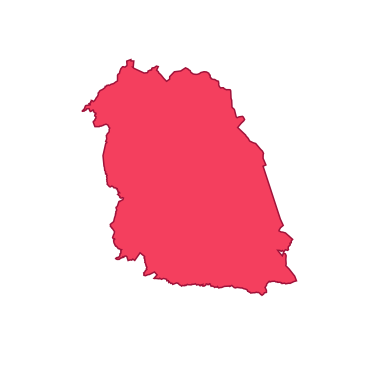 Villa Hidalgo, Jalisco, Mexico, rotated 43°
{"feature_id": "50627088B61911650212714", "entity_name": "Villa Hidalgo", "entity_type": "district", "adm_level": 2, "iso_a3": "MEX", "parent_name": "Mexico", "parent_adm1": "Jalisco", "projection": "robinson", "projection_center": [-102.593, 21.663], "detail": "fine", "context": "isolated", "style": "filled", "palette": "rose", "viewbox_px": 384, "rotation_deg": 43, "n_neighbors": 0, "source": "geoboundaries", "source_scale": "gbopen_adm2", "svg_char_len": 5988}
<svg xmlns="http://www.w3.org/2000/svg" viewBox="0 0 384 384"><g transform="rotate(43 192 192)"><path d="M192.4,113.8L181.4,113.7L181.1,108.2L181.3,104.7L181.0,103.1L178.3,102.2L177.3,102.3L175.2,104.9L174.3,106.9L173.1,106.9L167.1,103.0L165.9,102.7L163.9,102.8L163.2,102.5L158.4,97.8L156.7,96.9L151.3,91.6L150.4,91.2L149.5,91.7L147.3,93.8L145.1,94.5L144.0,94.3L142.9,95.2L142.0,96.4L140.0,96.2L138.4,95.4L137.6,94.4L135.8,93.0L134.1,93.8L131.9,94.2L130.4,95.4L128.6,96.0L127.8,95.5L127.2,95.7L125.5,94.2L125.0,94.5L123.3,93.7L120.8,94.3L118.8,95.8L117.0,98.6L116.7,100.4L115.8,102.1L114.8,103.2L112.6,104.8L109.6,105.3L107.9,104.5L106.7,104.8L105.1,104.8L102.6,105.6L101.2,111.2L97.1,116.1L97.0,122.8L98.7,124.8L97.9,128.4L93.8,128.2L90.0,127.6L87.1,127.5L86.6,127.7L85.3,127.0L83.1,127.1L81.8,123.3L80.1,124.2L79.6,126.7L78.3,128.4L78.3,129.0L79.1,130.1L78.8,131.2L78.3,131.2L77.4,133.6L77.9,134.0L77.9,135.3L75.8,137.7L65.4,141.1L63.6,141.1L63.9,140.8L60.1,135.9L58.0,137.7L57.0,136.8L55.0,140.8L57.8,143.4L58.2,144.1L57.8,146.4L56.2,147.3L55.8,147.8L55.9,150.4L57.3,153.6L57.9,154.4L57.9,155.3L57.6,156.4L57.9,157.4L61.7,161.5L61.7,161.9L61.2,163.4L60.7,166.2L59.3,168.5L58.8,170.5L57.9,170.8L57.6,171.7L57.1,171.9L57.1,173.3L56.5,173.9L56.8,174.6L57.1,174.8L57.1,175.6L56.6,178.1L55.7,180.3L55.6,181.5L56.0,182.5L55.9,183.7L56.9,184.5L57.7,186.5L57.7,188.2L58.2,190.0L58.4,191.7L58.1,193.2L56.7,193.2L56.2,193.5L56.4,193.6L56.2,194.5L56.4,195.1L56.9,195.4L56.9,196.2L56.4,197.7L57.2,197.9L57.5,197.2L58.1,197.6L55.4,201.2L55.4,202.0L56.5,204.4L56.5,207.6L56.8,207.7L58.0,206.2L58.1,205.3L58.6,204.2L58.2,203.1L59.8,201.3L60.2,201.3L61.4,202.1L62.7,202.5L63.0,202.1L63.7,199.5L64.1,199.4L65.1,200.2L66.5,200.5L66.9,200.5L67.7,199.9L68.5,200.4L68.3,201.7L68.9,202.7L70.3,202.4L71.4,203.7L71.4,204.7L71.7,205.6L72.1,205.9L71.7,207.6L72.0,208.2L76.4,210.4L79.6,207.5L79.6,206.9L80.8,205.5L80.9,205.0L81.5,204.1L81.7,203.0L82.3,202.3L82.5,201.6L82.9,201.0L84.9,200.4L87.0,201.3L88.0,201.2L88.4,201.6L88.6,202.6L90.1,204.1L90.5,205.5L90.3,206.9L90.8,208.3L90.8,209.1L93.5,211.4L94.4,213.9L95.4,213.6L96.0,214.0L95.8,215.2L96.0,215.7L102.1,226.1L110.1,233.2L110.8,233.4L113.5,235.8L114.9,236.0L115.3,236.7L116.5,237.7L117.2,237.1L117.7,237.7L118.7,237.9L118.9,238.9L120.4,239.9L120.8,240.3L121.0,241.0L122.0,241.6L122.6,242.4L123.8,242.9L124.3,243.4L124.5,244.1L128.1,244.4L128.9,243.9L129.1,242.6L130.0,242.1L131.9,241.9L132.0,242.1L132.8,241.6L133.2,241.0L133.7,240.9L134.4,241.2L135.0,240.6L135.7,241.4L136.3,241.2L137.8,242.4L138.4,241.9L139.5,242.0L138.9,242.7L139.3,243.8L140.1,244.2L139.9,244.4L142.4,244.4L142.5,245.0L143.2,245.2L144.3,244.9L145.0,243.5L146.0,243.2L146.7,244.7L146.0,246.6L145.7,248.1L145.2,248.2L145.1,248.9L146.9,252.8L147.2,254.1L146.9,254.8L147.1,255.3L149.1,256.4L149.6,257.3L149.6,258.1L151.1,259.9L151.0,260.4L151.7,260.9L153.0,263.8L154.9,267.1L154.3,271.4L155.6,272.4L155.8,272.8L157.7,272.8L158.0,273.1L158.8,273.0L162.3,273.8L163.6,275.7L163.6,276.3L165.0,279.5L166.4,279.9L167.2,279.0L167.8,279.4L167.7,280.8L168.1,281.3L169.8,282.5L171.1,282.8L171.2,283.1L173.1,283.7L173.6,283.2L176.8,283.7L177.7,282.9L178.8,283.0L179.8,282.2L180.1,283.7L180.6,283.9L180.9,284.5L181.6,285.0L181.6,286.5L182.1,286.8L182.8,288.3L182.8,289.9L181.8,291.1L181.5,292.4L181.6,292.8L183.2,292.4L184.7,290.9L185.0,288.6L185.4,288.4L186.0,286.9L185.6,286.4L185.9,286.2L186.6,286.2L186.4,285.3L186.9,284.3L187.9,283.7L188.4,283.7L192.0,285.7L193.1,283.8L194.4,282.9L194.3,281.7L194.7,281.4L196.8,281.1L195.5,271.9L201.3,271.5L201.8,272.7L202.1,272.5L202.8,273.3L203.3,273.3L204.0,274.2L204.8,274.5L205.4,275.6L206.6,275.8L207.3,276.4L208.5,276.9L208.7,277.4L210.3,277.7L211.0,279.3L211.7,279.4L211.6,281.3L212.0,282.6L211.9,284.2L212.9,284.6L213.3,285.6L213.8,285.7L215.1,284.9L216.1,282.6L217.1,281.4L219.1,276.1L223.0,276.4L223.1,281.1L223.8,280.7L224.3,280.0L227.2,277.9L227.2,277.1L229.2,276.7L230.0,274.8L231.6,273.8L233.1,273.2L234.1,274.1L235.2,273.0L236.6,273.9L236.7,273.2L238.8,273.3L239.2,272.7L239.9,272.4L240.9,272.7L242.8,268.9L243.6,268.7L243.9,268.3L246.2,268.4L247.3,268.0L248.6,267.9L248.7,266.9L250.3,265.8L250.3,265.1L250.6,264.7L251.3,264.6L251.5,262.8L252.1,262.7L254.7,260.5L255.0,260.0L254.9,259.4L255.6,259.0L256.8,257.5L257.0,256.8L259.0,256.8L259.2,255.9L260.0,255.2L261.6,255.1L261.3,254.7L262.1,254.1L262.0,253.7L262.8,252.5L262.9,253.1L263.4,253.5L263.7,253.6L263.9,253.1L264.0,253.2L264.4,252.8L264.9,252.8L265.6,250.8L265.1,249.5L265.7,249.0L267.0,248.9L267.4,247.1L268.3,246.9L268.5,247.4L270.3,247.9L270.5,247.2L271.6,246.8L272.2,246.3L273.6,246.4L274.1,245.3L275.2,244.6L275.1,243.8L276.9,244.0L278.1,242.3L278.8,241.6L280.0,239.0L283.7,235.1L283.8,235.5L284.1,235.4L284.8,233.2L288.1,233.1L289.4,232.3L289.4,231.9L290.2,230.9L293.5,228.6L293.9,228.0L295.7,227.5L297.5,226.4L299.3,226.0L300.4,226.6L301.2,226.2L302.2,226.2L302.9,225.7L303.8,225.9L305.7,223.7L306.7,222.8L307.4,221.4L308.2,221.1L309.0,220.2L310.5,219.8L312.1,220.1L312.9,219.7L313.6,219.8L314.0,217.9L313.7,216.3L314.8,214.9L314.9,214.6L313.4,213.1L310.6,212.0L310.7,211.8L310.3,211.1L310.2,209.5L309.4,208.5L309.3,204.8L309.7,204.4L310.4,204.6L311.3,203.0L313.3,200.9L314.7,200.5L315.8,199.5L316.3,199.6L318.0,197.9L318.8,197.9L319.3,197.3L320.2,197.6L321.9,195.5L323.1,195.3L325.1,192.6L326.0,192.0L327.7,187.8L329.0,185.7L324.5,183.5L315.6,182.1L310.8,181.9L310.0,180.5L306.5,177.2L304.3,174.4L302.6,173.6L301.5,173.9L300.4,174.5L301.1,175.7L301.6,177.1L298.5,176.9L294.4,176.2L296.2,174.7L297.7,174.6L298.0,173.2L299.9,173.1L299.7,170.5L301.7,169.5L301.8,168.8L301.8,168.3L300.9,167.8L299.8,166.4L299.9,163.7L298.6,162.7L299.2,161.4L298.0,160.1L297.9,158.0L288.3,158.2L285.7,159.5L284.4,160.5L282.1,161.1L281.7,160.5L281.1,157.7L281.5,154.2L275.1,151.6L226.4,124.7L227.6,121.8L221.0,118.9L218.6,116.2L218.0,115.0L215.7,114.1L212.9,114.0L205.5,113.1L203.0,114.3L199.4,115.4L196.3,114.4L193.3,114.2L192.4,113.8Z" fill="#f43f5e" stroke="#9f1239" stroke-width="1.5"/></g></svg>